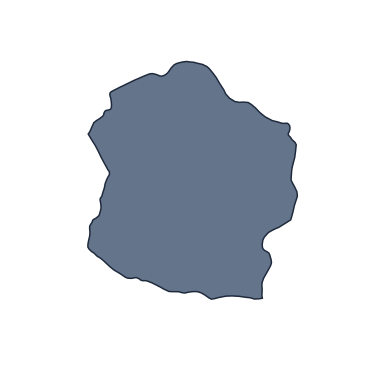 outline of Zadiè, Ogooué-Ivindo, Gabon, rotated 330°
{"feature_id": "22940354B86386728493807", "entity_name": "Zadiè", "entity_type": "district", "adm_level": 2, "iso_a3": "GAB", "parent_name": "Gabon", "parent_adm1": "Ogooué-Ivindo", "projection": "natural_earth1", "projection_center": [13.91, 0.867], "detail": "fine", "context": "isolated", "style": "filled", "palette": "slate", "viewbox_px": 384, "rotation_deg": 330, "n_neighbors": 0, "source": "geoboundaries", "source_scale": "gbopen_adm2", "svg_char_len": 2669}
<svg xmlns="http://www.w3.org/2000/svg" viewBox="0 0 384 384"><g transform="rotate(330 192 192)"><path d="M199.8,319.2L200.9,316.3L203.0,313.2L204.4,310.8L206.1,307.3L207.8,305.1L211.0,302.4L215.1,300.0L220.5,296.8L223.6,294.8L225.6,292.8L226.7,290.0L227.9,285.3L228.0,283.2L227.1,281.3L225.9,279.3L225.1,277.4L225.3,275.2L226.6,272.5L229.3,269.1L231.9,267.3L236.3,265.8L238.2,265.3L242.0,265.3L245.9,265.5L249.3,266.0L255.6,265.8L263.5,265.5L265.2,264.0L269.6,259.6L273.7,255.1L277.0,252.1L281.1,248.4L282.1,246.3L283.0,244.1L283.3,240.8L283.5,237.1L283.5,234.3L283.8,231.2L285.3,228.8L287.0,226.3L289.6,222.5L291.7,220.1L294.7,217.0L298.2,213.5L302.5,207.9L304.3,205.4L305.9,203.2L306.0,200.5L305.2,198.1L304.6,195.7L304.7,194.1L304.2,192.3L303.9,191.0L304.8,189.3L306.3,188.4L307.8,187.0L309.0,185.3L309.7,183.4L309.5,181.3L308.6,179.8L306.9,179.1L304.3,177.5L301.5,174.4L297.2,170.3L293.0,163.6L290.6,157.5L288.9,150.7L287.3,146.2L285.5,142.7L283.2,141.0L281.0,139.6L277.8,138.0L274.3,135.0L271.4,129.6L270.2,124.0L270.6,119.5L270.2,111.5L270.2,105.0L269.5,99.1L268.6,93.8L267.7,90.9L266.1,88.6L265.1,87.0L262.8,84.8L260.7,82.9L258.6,80.7L254.8,78.0L252.5,76.2L248.6,74.6L246.0,73.8L242.7,73.0L239.9,73.0L237.8,73.6L235.7,74.3L233.0,75.6L230.2,76.8L228.0,77.1L226.0,77.1L223.8,76.6L222.2,75.4L220.9,73.7L219.1,71.6L216.7,69.5L214.3,68.5L210.0,67.8L198.0,66.4L181.6,65.2L173.5,64.8L171.1,64.9L169.7,66.2L168.9,68.3L168.5,70.3L167.2,73.5L165.9,76.2L164.3,78.7L162.5,79.6L160.8,79.3L159.7,78.8L158.3,78.4L156.8,78.6L155.4,79.5L153.9,81.1L152.4,81.8L149.0,82.2L144.8,82.4L141.6,82.9L139.5,84.4L137.6,85.8L135.6,87.3L133.4,88.8L131.1,89.9L131.2,96.5L131.5,103.9L131.1,111.4L130.7,116.2L130.5,121.7L130.4,126.5L130.3,130.1L130.5,133.5L129.0,135.8L126.5,137.1L123.8,139.0L121.0,141.3L117.9,144.9L115.5,147.0L113.5,148.9L111.5,150.8L109.4,151.6L108.3,153.1L107.8,154.7L106.5,158.0L105.1,160.6L102.8,163.0L99.7,165.9L96.3,166.6L92.5,166.6L91.1,167.4L90.6,168.1L88.9,168.9L86.5,170.3L85.4,171.8L84.0,174.8L82.5,177.5L80.8,179.6L78.3,182.2L75.7,185.3L74.3,187.6L74.3,190.0L75.3,193.5L76.4,195.4L77.9,200.5L79.2,202.6L80.9,206.8L82.0,210.5L83.8,216.3L85.5,220.7L89.0,226.9L91.8,232.7L93.4,234.6L96.5,236.6L99.0,237.4L101.0,238.3L102.7,240.5L103.5,242.6L105.0,244.2L106.7,245.1L108.5,246.4L112.0,250.8L117.3,258.9L118.6,261.3L122.2,266.5L124.8,268.3L127.4,269.8L130.6,271.7L133.2,274.4L135.5,276.0L138.6,276.9L141.9,278.2L145.0,279.8L147.4,281.5L149.4,283.8L151.7,287.7L153.6,291.9L155.1,294.4L157.8,295.5L162.6,296.8L169.4,299.2L174.7,302.0L180.5,305.8L186.1,310.2L189.8,312.9L192.4,315.8L196.4,317.9L199.8,319.2Z" fill="#64748b" stroke="#1e293b" stroke-width="1.5"/></g></svg>